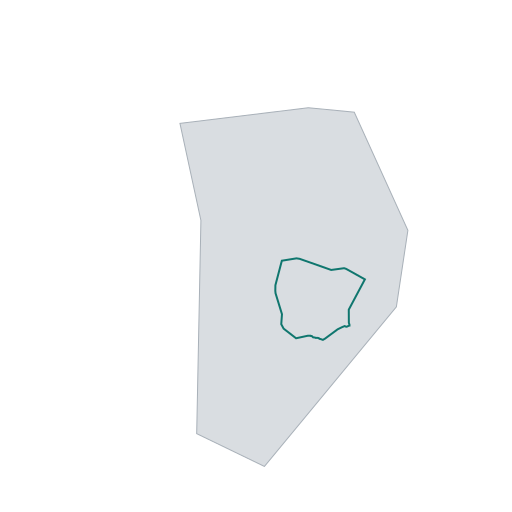 Saint Thomas highlighted on a map of Barbados, rotated 221°
{"feature_id": "BRB-1999", "entity_name": "Saint Thomas", "entity_type": "Parish", "adm_level": 1, "iso_a3": "BRB", "parent_name": "Barbados", "parent_adm1": "", "projection": "orthographic", "projection_center": [-59.606, 13.184], "detail": "coarse", "context": "in_parent", "style": "outline", "palette": "teal", "viewbox_px": 512, "rotation_deg": 221, "n_neighbors": 0, "source": "natural_earth", "source_scale": "10m", "svg_char_len": 911}
<svg xmlns="http://www.w3.org/2000/svg" viewBox="0 0 512 512"><g transform="rotate(221 256 256)"><path d="M313.8,402.2L276.2,429.0L158.2,375.0L116.7,309.7L111.6,102.7L184.2,83.0L320.9,246.7L400.4,306.2L313.8,402.2Z" fill="#d9dde1" stroke="#a8b0b8" stroke-width="1"/><path d="M187.5,219.3L192.2,221.1L198.2,229.1L216.8,240.7L218.6,242.4L222.2,246.7L233.4,269.4L223.9,280.8L221.2,282.5L190.1,294.8L181.5,304.6L179.6,305.4L158.5,309.8L150.8,276.4L142.1,266.5L140.4,265.5L139.8,264.8L140.1,264.5L140.9,262.6L141.2,262.1L141.7,261.7L143.1,261.3L144.4,258.7L146.3,254.2L149.7,238.9L150.5,236.6L153.0,235.6L153.6,235.2L153.8,235.2L154.6,235.2L154.8,235.0L155.1,235.0L155.4,234.9L155.8,234.6L157.3,233.3L157.5,233.3L158.1,233.1L159.5,232.1L159.8,232.1L160.3,232.1L161.3,232.2L161.5,232.1L161.8,231.9L162.1,231.6L162.5,231.6L164.6,229.8L171.8,220.2L187.5,219.3Z" fill="none" stroke="#0f766e" stroke-width="2"/></g></svg>